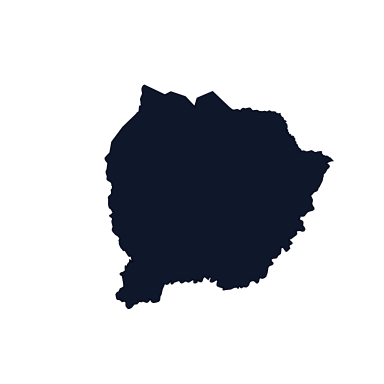 San Andres, Lempira, Honduras, rotated 229°
{"feature_id": "27666195B74503802640136", "entity_name": "San Andres", "entity_type": "district", "adm_level": 2, "iso_a3": "HND", "parent_name": "Honduras", "parent_adm1": "Lempira", "projection": "orthographic", "projection_center": [-88.635, 14.237], "detail": "fine", "context": "isolated", "style": "filled", "palette": "ink", "viewbox_px": 384, "rotation_deg": 229, "n_neighbors": 0, "source": "geoboundaries", "source_scale": "gbopen_adm2", "svg_char_len": 6003}
<svg xmlns="http://www.w3.org/2000/svg" viewBox="0 0 384 384"><g transform="rotate(229 192 192)"><path d="M246.5,133.9L246.3,132.4L244.7,131.5L243.1,130.0L243.0,126.2L242.4,125.2L241.0,124.5L237.6,121.4L235.5,120.0L233.9,119.5L232.9,119.9L231.5,120.0L230.1,119.5L228.3,119.3L228.0,118.9L227.6,116.2L228.1,114.7L228.0,114.4L227.3,114.3L225.2,115.0L223.9,114.7L223.1,114.0L222.6,112.8L221.8,112.1L217.3,109.8L216.2,107.8L215.1,106.8L213.7,106.6L210.3,106.7L209.3,106.8L207.8,107.7L206.9,107.4L205.8,107.6L203.7,107.0L203.3,105.3L202.5,105.1L200.2,103.2L196.9,102.2L196.0,102.1L194.5,102.2L193.1,102.0L192.5,102.4L192.5,103.3L191.9,103.6L190.2,103.1L185.3,102.4L184.6,102.7L184.3,103.7L183.6,104.0L182.5,103.7L180.6,102.6L178.3,101.7L178.5,101.4L179.1,101.0L181.3,100.4L179.7,98.7L179.8,97.6L179.4,95.9L178.2,94.3L178.5,93.7L179.1,93.3L179.6,93.4L179.7,93.1L178.4,91.9L176.5,90.5L176.2,90.1L176.2,88.3L176.5,87.1L177.3,85.4L177.3,84.3L177.0,84.0L176.5,83.9L176.0,84.0L175.2,84.5L174.0,84.4L167.7,80.6L165.1,78.6L165.0,77.4L165.8,74.4L164.4,71.2L165.0,69.6L164.4,67.5L160.9,65.5L160.3,65.4L159.8,65.6L158.0,67.2L155.2,67.5L154.3,69.4L152.6,70.2L151.3,69.5L150.0,68.2L148.9,67.6L147.6,67.5L146.5,67.7L146.2,67.5L145.5,68.2L145.0,69.6L144.9,71.1L145.6,74.8L143.9,77.2L144.3,80.6L142.4,82.0L142.3,82.4L142.4,83.0L142.3,83.4L138.9,85.3L138.4,85.8L138.2,86.8L138.6,89.5L138.5,90.1L138.0,90.3L135.5,89.9L134.5,90.2L133.8,90.9L132.9,92.3L131.7,94.9L131.7,95.8L132.0,96.7L134.4,99.2L135.2,101.4L138.2,105.4L140.8,110.6L140.8,111.1L140.4,111.7L140.0,112.1L139.1,112.4L138.5,113.4L138.9,116.8L138.8,117.8L138.5,117.9L136.8,116.5L136.3,116.4L135.9,116.6L135.6,117.5L136.0,118.5L136.0,119.0L134.0,124.1L133.3,124.6L131.6,124.3L130.7,124.4L130.3,124.7L129.9,125.6L129.4,128.8L128.3,129.5L126.9,130.0L126.3,130.7L125.6,135.0L124.3,135.9L122.3,134.2L121.5,134.7L121.0,135.7L120.9,136.4L121.2,137.0L121.9,137.7L122.0,138.1L119.1,139.5L118.5,140.0L118.3,140.5L118.7,141.7L119.9,143.5L120.3,145.7L119.1,146.5L115.6,147.0L115.7,147.6L116.5,149.2L116.5,149.8L116.2,150.3L115.2,150.4L114.1,150.0L112.8,147.5L112.2,147.3L111.4,147.7L110.9,148.4L110.4,150.0L110.1,152.2L109.7,152.9L109.0,153.3L108.3,153.4L107.6,153.2L107.2,152.3L106.3,151.0L105.4,150.1L104.8,149.8L104.2,149.9L101.9,151.0L99.3,153.0L98.7,152.7L98.5,152.1L98.1,151.7L97.7,151.6L97.4,151.8L96.6,153.4L93.5,157.8L92.6,161.4L91.8,162.3L91.6,163.3L91.3,163.5L89.4,163.7L89.4,164.1L90.2,166.0L90.2,166.7L89.6,166.7L88.1,166.3L87.5,166.5L87.3,166.8L87.3,168.0L86.9,169.1L85.6,170.0L84.8,171.1L84.7,172.2L84.9,173.6L86.2,175.8L86.4,176.7L86.3,177.9L85.9,179.1L85.2,180.1L84.2,180.9L81.1,181.3L80.8,181.5L80.6,181.9L80.9,183.3L82.7,185.7L83.0,186.7L82.7,187.4L81.2,188.3L80.7,188.8L80.1,190.7L80.1,192.3L82.0,195.7L84.9,199.0L85.7,200.3L85.9,202.1L84.8,204.8L84.9,205.9L85.5,206.4L87.4,206.1L89.6,207.4L89.5,208.4L89.0,209.9L87.7,211.5L87.2,212.5L87.3,213.6L87.8,214.4L88.0,215.0L87.7,218.0L87.9,218.4L89.0,219.7L91.3,222.1L91.7,223.1L91.4,223.9L90.4,224.5L89.4,224.6L85.8,224.2L85.4,224.5L85.3,225.0L85.5,228.6L87.6,229.5L88.2,230.3L88.2,231.3L87.7,233.0L87.8,233.8L88.5,234.0L90.3,233.7L91.8,233.6L92.4,233.8L92.7,234.3L92.6,235.1L92.1,236.0L91.6,242.6L92.1,243.7L93.2,244.1L94.0,244.9L94.1,245.7L93.6,246.7L92.4,248.3L91.6,248.9L90.5,249.4L89.8,250.2L89.4,251.1L90.1,252.7L91.8,253.2L94.3,253.3L95.9,255.2L96.9,255.9L97.8,255.9L99.1,255.2L101.4,254.6L101.9,256.4L102.9,257.5L103.0,258.2L101.6,259.3L100.7,260.8L100.6,261.5L101.2,263.9L101.4,266.4L100.9,267.9L99.3,271.1L99.2,272.1L99.4,272.9L100.2,273.4L102.4,273.6L104.1,274.2L104.9,274.7L105.8,275.8L106.4,276.8L107.3,277.6L111.4,278.8L111.8,279.2L111.7,280.7L112.2,283.5L112.0,284.8L111.2,287.0L111.3,287.5L112.1,289.3L113.0,290.3L112.7,291.2L115.4,297.6L117.1,299.7L118.2,301.5L119.4,302.1L119.7,305.6L121.0,309.0L120.9,310.8L121.2,311.9L121.5,312.4L122.2,312.6L125.3,312.2L125.7,312.3L125.7,313.3L125.2,315.3L124.5,317.2L123.6,318.6L127.1,318.4L128.0,317.7L129.7,317.6L130.7,316.9L131.3,315.9L132.8,315.3L133.5,314.3L133.8,314.3L134.4,314.8L135.5,314.7L136.6,314.9L137.0,315.2L137.2,315.8L137.7,315.8L139.7,312.9L140.0,311.8L141.3,310.2L143.1,309.8L144.7,309.1L145.5,307.1L146.8,304.7L149.6,303.1L150.3,301.9L150.6,301.0L151.0,300.8L152.0,301.4L153.1,301.5L153.8,301.5L155.0,301.1L156.0,301.2L157.4,301.5L158.9,302.2L159.3,302.1L159.8,301.5L160.3,301.5L160.7,301.7L161.0,302.5L161.3,302.8L164.1,303.0L164.3,303.2L164.4,303.9L164.9,304.3L165.3,304.2L165.7,303.7L166.2,303.7L166.5,303.9L166.7,304.6L167.0,304.7L167.6,304.6L168.2,304.1L168.3,302.9L168.7,302.5L169.3,302.6L169.8,303.5L170.5,303.7L171.2,303.5L171.8,302.7L172.4,302.6L173.5,303.6L174.0,303.6L174.7,303.2L175.2,303.2L175.5,303.6L175.7,304.3L176.2,304.7L176.7,304.5L177.1,303.8L177.6,303.8L177.9,304.2L178.0,305.1L178.2,305.6L179.2,306.6L180.6,307.5L181.5,307.7L182.9,307.1L183.6,307.4L183.9,308.0L183.6,308.7L183.8,309.1L184.3,309.0L184.9,308.4L185.5,308.3L186.6,308.3L188.3,309.1L190.1,308.5L191.6,308.9L192.9,308.9L193.1,309.1L193.1,309.6L193.4,309.7L194.5,307.5L195.6,307.6L196.6,306.7L197.6,307.1L198.4,306.5L200.1,304.4L202.4,303.5L202.9,301.1L205.1,299.6L206.1,297.9L208.1,295.7L208.7,295.3L210.0,294.9L211.1,294.2L213.2,291.0L213.8,290.7L216.9,290.7L217.3,290.5L218.0,289.5L219.5,286.7L221.5,285.3L221.7,283.7L221.7,283.1L221.1,282.5L221.4,281.6L224.5,280.1L226.3,276.8L228.2,275.9L230.0,275.7L230.6,275.4L254.1,273.2L259.2,257.5L254.2,249.8L268.2,249.3L281.3,241.6L282.9,235.1L303.7,226.0L303.9,225.2L303.5,223.7L302.8,222.4L301.9,221.5L298.4,219.4L296.7,215.8L295.6,214.1L294.8,213.6L293.7,213.1L292.6,212.1L290.7,211.0L290.3,209.9L290.6,209.2L290.9,209.0L290.9,208.7L287.3,205.0L287.2,203.6L287.5,202.5L287.1,201.4L286.1,182.4L282.2,164.4L275.3,155.9L274.6,149.1L273.9,148.3L273.0,148.0L271.6,147.7L269.4,147.8L268.8,147.5L264.5,142.7L264.0,141.4L263.3,140.4L261.7,139.5L259.3,138.7L257.5,136.5L256.0,136.4L253.2,137.5L250.8,137.2L249.4,136.0L248.7,136.1L248.1,135.8L246.5,133.9Z" fill="#0f172a" stroke="#020617" stroke-width="1.5"/></g></svg>